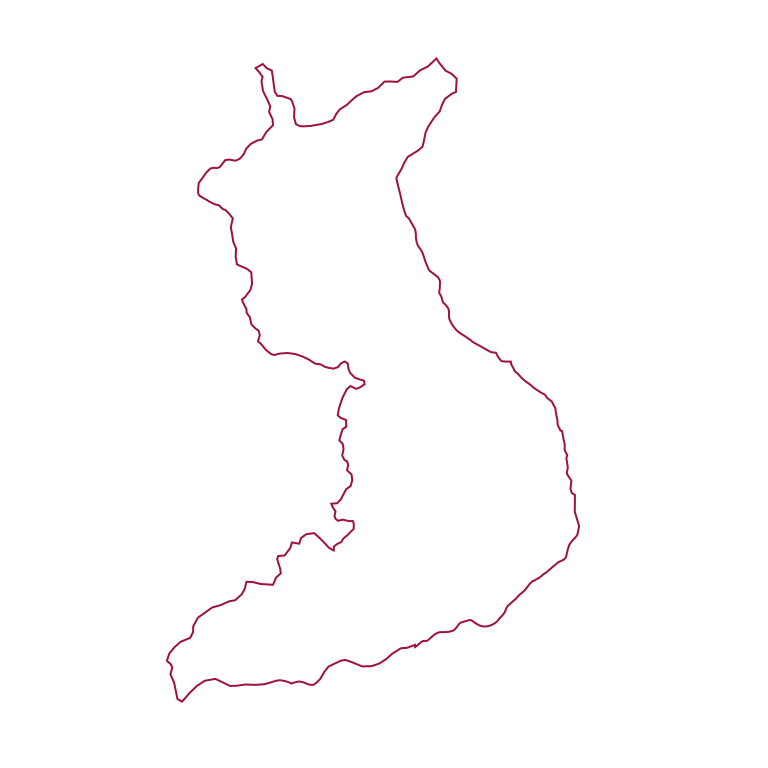 Laukkaing, Shan, Myanmar (Robinson projection), rotated 183°
{"feature_id": "60261553B25476839208576", "entity_name": "Laukkaing", "entity_type": "district", "adm_level": 2, "iso_a3": "MMR", "parent_name": "Myanmar", "parent_adm1": "Shan", "projection": "robinson", "projection_center": [98.649, 23.808], "detail": "fine", "context": "isolated", "style": "outline", "palette": "rose", "viewbox_px": 768, "rotation_deg": 183, "n_neighbors": 0, "source": "geoboundaries", "source_scale": "gbopen_adm2", "svg_char_len": 5832}
<svg xmlns="http://www.w3.org/2000/svg" viewBox="0 0 768 768"><g transform="rotate(183 384 384)"><path d="M333.9,490.8L335.5,493.3L341.3,497.4L344.4,499.4L344.9,500.0L345.2,500.4L348.8,507.8L350.2,511.5L352.4,517.0L354.1,519.7L357.2,523.7L358.8,527.1L359.5,530.6L359.7,531.3L360.1,535.7L360.7,539.0L361.7,541.2L364.9,546.1L367.2,549.7L368.0,551.0L368.8,551.5L370.0,552.3L370.9,553.3L372.1,556.3L372.9,558.3L375.3,565.6L377.6,573.9L380.3,582.7L381.4,586.2L382.0,588.3L382.3,589.9L382.2,591.4L377.8,599.6L375.3,606.2L372.1,612.1L366.7,615.8L362.0,619.1L357.9,623.2L356.9,628.7L355.6,637.5L353.1,643.8L347.7,652.9L342.6,659.2L340.7,665.8L337.9,672.1L331.2,677.6L327.4,679.4L327.4,687.5L327.4,692.7L332.8,697.4L338.8,700.0L345.5,707.4L348.7,711.8L356.9,703.3L364.2,699.3L370.9,692.7L381.3,690.8L386.4,686.4L393.7,686.4L399.4,686.0L405.4,679.4L411.7,675.7L419.3,674.3L426.3,670.2L431.7,665.1L435.5,661.0L442.5,655.9L445.7,651.5L448.5,645.2L453.9,642.6L459.6,640.4L464.6,639.3L470.7,637.9L477.3,637.1L481.5,637.1L485.6,639.0L487.8,645.6L487.8,654.4L490.3,660.7L491.9,663.6L500.8,666.2L505.6,666.2L508.4,670.2L509.4,675.4L510.6,682.0L511.3,685.7L512.5,691.2L517.3,693.0L521.9,697.2L528.8,692.7L525.0,689.0L521.3,684.4L522.2,679.9L520.2,670.4L515.5,661.9L512.1,655.3L513.0,649.8L509.1,642.4L508.4,636.6L514.9,629.2L518.6,622.0L523.9,620.2L529.5,616.9L534.0,611.7L535.9,606.5L539.5,601.7L543.0,599.6L544.8,599.3L550.4,600.0L554.3,599.3L556.0,596.7L559.5,591.9L562.1,590.9L565.8,591.0L568.8,590.0L572.6,585.8L577.0,578.8L579.5,575.2L579.8,569.4L579.7,565.1L578.5,562.7L574.9,560.6L570.3,558.4L568.0,557.0L562.7,554.7L558.1,553.8L554.4,550.4L551.5,549.5L548.0,546.4L543.6,541.4L545.2,532.8L543.4,524.8L541.9,517.9L538.8,511.6L538.8,503.6L537.2,495.9L534.2,494.5L527.2,492.0L522.4,488.6L521.0,477.2L522.4,470.8L527.4,463.4L530.3,460.9L528.5,457.0L525.4,451.8L524.9,447.9L521.5,443.7L519.5,436.6L515.9,433.2L511.9,430.6L510.6,426.2L512.1,420.0L509.2,417.8L503.7,411.9L498.2,407.9L495.1,407.2L489.4,409.0L482.1,409.9L474.0,409.3L466.0,406.9L459.8,404.2L454.0,400.8L447.9,400.2L444.3,398.2L440.3,397.3L435.3,396.7L430.8,398.5L428.3,402.1L424.6,404.4L421.4,402.8L420.1,396.8L418.4,393.3L413.6,388.9L408.6,387.3L404.2,386.3L403.4,382.6L408.4,379.1L411.6,377.7L417.4,380.2L420.9,376.8L424.6,368.3L427.8,357.0L428.6,350.4L425.6,347.9L420.0,346.1L419.5,339.2L423.0,336.7L424.8,329.6L425.7,325.4L422.1,322.1L421.0,316.9L422.0,310.4L419.6,306.2L416.8,304.8L415.5,301.3L416.4,296.0L411.6,291.8L410.7,286.0L412.1,280.2L416.2,277.1L418.7,271.8L421.1,266.5L424.6,262.5L428.5,261.9L430.3,261.7L428.9,258.5L425.8,254.3L426.5,249.4L425.3,246.8L422.7,245.0L417.9,246.4L411.8,245.2L407.8,245.5L406.8,242.5L406.7,237.8L407.3,237.1L410.7,233.4L412.5,231.2L416.4,227.7L418.5,223.9L422.4,221.8L425.5,219.1L425.4,215.2L427.4,215.9L430.4,217.5L435.2,222.3L440.9,227.4L445.9,231.4L453.6,230.0L458.8,225.9L460.3,220.1L467.6,220.9L469.1,215.2L474.2,207.6L480.7,206.7L481.5,203.5L477.9,193.7L477.2,189.4L481.7,185.0L484.3,177.7L496.7,177.8L504.5,179.3L511.0,179.3L512.4,172.0L515.0,166.7L521.4,160.2L526.7,159.1L535.3,154.8L543.9,151.8L557.5,141.0L561.6,132.7L561.8,132.1L561.7,126.1L564.3,120.3L573.5,116.0L579.3,110.4L584.3,103.6L586.3,96.2L582.1,92.9L580.6,89.6L582.1,83.0L578.0,74.9L573.8,58.7L569.1,56.2L566.2,59.8L561.8,65.5L555.2,72.6L547.6,78.2L541.9,79.6L536.8,80.7L529.9,77.8L521.9,74.4L515.0,75.0L507.1,76.6L495.9,76.9L487.6,78.0L481.7,80.0L476.8,81.8L472.5,82.8L468.4,82.3L464.4,81.5L460.8,80.1L457.3,81.4L453.4,82.5L449.4,82.0L443.2,79.9L438.9,79.8L435.8,82.1L432.1,86.3L428.5,93.5L424.5,99.0L419.6,101.7L412.2,105.6L408.0,106.4L401.3,104.5L391.0,100.8L385.9,101.3L381.6,101.6L374.3,104.5L367.5,109.3L361.7,115.1L353.3,121.0L347.4,121.7L339.4,125.1L339.2,123.0L338.0,123.8L335.7,126.1L333.3,128.3L331.8,129.3L330.5,129.6L328.5,129.5L327.5,129.8L325.9,131.1L324.7,132.4L322.2,134.9L320.1,136.7L317.8,138.2L316.3,138.8L314.4,139.2L312.1,139.3L311.5,139.3L309.2,139.5L306.8,139.8L305.0,140.3L302.4,141.2L301.1,141.9L299.2,144.1L297.3,147.2L295.9,148.9L294.6,149.8L291.5,151.0L289.0,151.8L286.8,152.6L285.4,152.8L283.8,152.3L281.6,150.8L278.9,149.3L276.8,148.2L275.3,147.7L272.9,147.2L270.0,147.1L267.5,147.6L264.3,148.8L262.4,149.9L261.1,150.7L258.4,153.0L257.0,155.2L255.6,156.8L253.2,159.8L251.5,162.3L250.9,164.1L249.9,167.1L248.7,169.0L244.9,172.7L243.2,174.4L241.4,176.1L237.8,180.5L235.0,183.0L232.9,185.1L232.2,186.0L230.8,187.9L228.7,191.2L226.6,193.6L225.5,194.8L223.7,195.6L220.2,197.8L219.3,198.4L216.9,200.2L215.2,202.0L214.9,202.3L214.6,202.6L212.8,203.8L210.8,205.5L208.8,207.4L206.4,209.8L203.9,212.1L201.7,214.1L200.2,215.4L198.3,216.4L196.8,217.1L195.1,218.2L193.9,219.5L193.1,221.2L193.2,221.3L193.1,221.6L192.2,225.7L192.0,227.8L190.5,233.2L189.2,235.3L187.5,237.9L186.1,239.4L185.1,240.6L184.0,241.9L183.0,243.7L182.7,245.6L181.7,252.4L186.8,266.3L187.5,283.2L190.7,284.9L191.1,285.8L192.3,289.1L191.8,297.1L196.8,304.1L196.1,310.4L198.0,319.6L197.3,322.6L200.1,327.4L200.2,328.9L200.3,332.0L200.4,332.9L200.7,334.8L201.0,335.4L201.3,336.1L203.7,346.4L205.3,346.7L205.3,346.8L205.6,347.3L207.4,350.3L208.5,352.7L208.8,356.2L211.2,366.1L211.5,368.5L212.4,370.1L212.6,370.3L215.6,375.3L220.3,378.6L222.2,381.2L223.5,382.1L226.3,383.4L229.7,385.3L233.8,387.8L234.1,388.0L238.2,391.1L243.9,394.9L244.3,395.1L247.8,398.1L250.7,401.2L251.7,401.9L253.2,402.9L254.3,404.1L255.6,406.5L257.0,408.9L257.8,409.8L258.5,413.0L263.0,412.8L267.7,412.9L271.0,416.3L273.9,421.1L278.8,421.4L298.0,430.8L299.2,432.0L302.7,434.1L305.9,436.1L310.0,438.3L310.6,438.7L314.3,441.4L316.5,443.7L319.8,447.9L322.1,452.2L322.7,455.1L322.7,456.8L322.8,458.5L323.1,461.0L323.8,462.8L326.0,465.7L328.5,467.8L329.8,469.5L330.9,473.1L331.9,475.4L333.4,477.3L333.7,478.8L333.3,482.3L333.4,487.0L333.3,488.6L333.9,490.8Z" fill="none" stroke="#9f1239" stroke-width="2"/></g></svg>